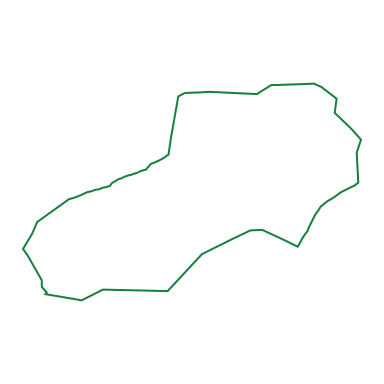 the district of O'rgon, Dornogovi, Mongolia
{"feature_id": "93677404B69643129623236", "entity_name": "O'rgon", "entity_type": "district", "adm_level": 2, "iso_a3": "MNG", "parent_name": "Mongolia", "parent_adm1": "Dornogovi", "projection": "robinson", "projection_center": [110.987, 45.045], "detail": "fine", "context": "isolated", "style": "outline", "palette": "green", "viewbox_px": 384, "rotation_deg": 0, "n_neighbors": 0, "source": "geoboundaries", "source_scale": "gbopen_adm2", "svg_char_len": 3311}
<svg xmlns="http://www.w3.org/2000/svg" viewBox="0 0 384 384"><path d="M37.2,222.0L32.2,233.6L23.0,249.0L27.6,255.4L41.8,280.3L41.8,286.9L46.7,292.5L45.4,294.2L77.6,299.6L81.5,300.4L103.0,289.6L167.6,291.1L187.7,269.5L202.0,254.1L212.0,249.1L233.2,238.6L250.5,230.4L262.3,229.9L284.7,240.3L297.7,246.7L298.1,245.7L298.3,245.6L298.5,245.5L298.6,245.3L301.1,240.8L302.2,238.6L302.8,237.7L303.3,236.9L303.8,236.1L304.0,235.8L305.4,233.7L306.0,233.0L307.0,231.7L307.5,231.1L308.2,229.3L308.8,227.5L310.1,224.9L313.7,217.6L314.3,216.5L314.8,215.4L315.0,215.1L316.3,213.2L316.9,212.4L317.1,212.2L317.8,211.2L318.4,210.2L319.4,208.7L319.9,207.9L320.7,206.6L322.2,205.4L323.0,204.7L324.5,203.5L325.0,203.1L326.9,201.6L328.3,200.6L329.8,199.8L333.7,197.5L338.0,194.4L339.4,193.4L339.9,193.0L340.0,192.9L342.0,191.6L346.0,189.7L348.1,188.6L353.3,186.1L354.8,185.4L357.0,183.6L358.3,182.6L356.7,152.7L361.0,139.7L351.5,129.0L334.7,112.8L336.6,98.7L321.4,87.0L313.8,83.6L302.8,84.1L273.7,85.1L272.0,84.9L271.6,85.0L271.1,85.1L270.9,85.3L270.6,85.4L270.4,85.6L269.8,85.9L269.5,86.1L269.2,86.3L268.9,86.5L268.5,86.8L267.5,87.4L266.0,88.4L264.3,89.4L261.4,91.2L259.2,92.6L258.4,93.2L257.2,94.1L209.0,91.8L202.0,92.3L188.8,92.8L184.6,93.1L178.3,96.4L170.9,138.1L168.5,154.7L168.3,154.7L168.0,154.9L167.4,155.3L166.8,155.7L166.2,156.1L165.7,156.6L165.3,156.9L164.9,157.2L164.6,157.4L164.2,157.6L163.7,157.8L163.1,158.3L162.5,158.7L161.9,159.0L161.0,159.4L160.0,159.9L159.0,160.5L158.1,160.9L157.3,161.2L156.8,161.4L155.6,162.1L154.0,162.8L152.8,163.2L151.8,163.5L151.3,163.7L151.0,163.9L150.7,164.2L150.2,164.6L149.8,165.1L149.4,165.7L149.0,166.2L148.4,166.9L147.4,167.7L147.2,168.0L146.9,168.4L146.6,168.9L146.5,169.3L146.3,169.5L146.2,169.6L145.7,169.7L145.4,169.8L145.1,169.8L144.3,170.0L143.7,170.1L143.4,170.3L143.1,170.4L142.7,170.6L142.4,170.6L142.1,170.7L141.5,170.8L141.1,170.9L140.7,171.1L139.5,171.7L137.7,172.6L136.8,173.0L136.0,173.2L135.4,173.4L134.7,173.6L134.1,173.7L133.7,173.7L133.4,173.9L132.9,174.1L132.4,174.3L132.0,174.5L131.3,174.8L129.5,175.1L128.8,175.3L128.3,175.4L127.9,175.6L127.4,175.8L127.0,176.0L126.6,176.1L126.2,176.2L125.9,176.2L125.6,176.3L125.3,176.4L124.9,176.6L124.6,176.8L124.2,177.0L123.3,177.4L122.7,177.6L122.2,177.9L121.9,178.1L121.7,178.2L121.4,178.3L121.0,178.5L120.8,178.6L120.3,178.7L119.7,178.8L119.4,178.8L119.2,178.9L118.9,179.0L118.7,179.1L118.3,179.3L117.9,179.6L117.5,179.8L117.1,180.1L116.5,180.4L115.8,180.8L114.9,181.3L113.9,181.9L113.4,182.2L112.7,182.6L112.4,182.8L112.1,183.0L111.7,183.4L111.2,184.1L110.3,185.5L110.2,185.7L109.9,186.0L109.5,186.1L108.9,186.2L108.3,186.4L107.8,186.5L107.4,186.6L107.0,186.8L105.7,187.2L105.0,187.4L104.5,187.5L104.0,187.6L102.9,187.7L102.5,187.7L102.2,187.8L101.8,188.0L101.5,188.2L101.1,188.4L100.5,188.8L100.0,189.0L99.3,189.2L98.8,189.3L98.2,189.4L97.7,189.5L97.2,189.6L96.8,189.6L96.2,189.7L95.6,189.8L94.6,190.1L93.7,190.4L92.9,190.7L92.0,191.1L91.2,191.3L90.8,191.4L90.5,191.4L90.1,191.5L89.6,191.6L88.8,191.9L88.2,192.0L87.3,192.1L87.2,192.1L86.9,192.3L86.5,192.5L86.4,192.6L86.2,192.6L85.9,192.7L85.5,192.9L84.4,193.5L83.6,193.8L81.8,194.7L80.6,195.2L78.7,196.0L77.9,196.3L76.9,196.7L75.5,197.3L75.0,197.5L74.5,197.6L73.2,198.0L71.6,198.5L70.8,198.7L69.2,199.0L37.2,222.0Z" fill="none" stroke="#15803d" stroke-width="2"/></svg>